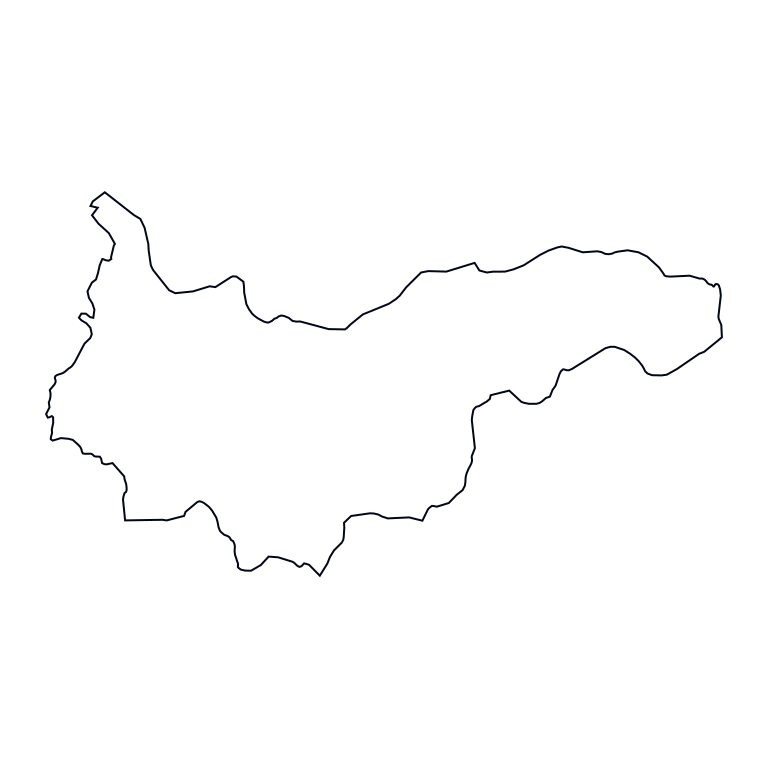 the border of Yoro
{"feature_id": "HND-643", "entity_name": "Yoro", "entity_type": "Department", "adm_level": 1, "iso_a3": "HND", "parent_name": "Honduras", "parent_adm1": "", "projection": "natural_earth1", "projection_center": [-87.221, 15.309], "detail": "fine", "context": "isolated", "style": "outline", "palette": "ink", "viewbox_px": 768, "rotation_deg": 0, "n_neighbors": 0, "source": "natural_earth", "source_scale": "10m", "svg_char_len": 4006}
<svg xmlns="http://www.w3.org/2000/svg" viewBox="0 0 768 768"><path d="M104.8,192.3L133.8,215.0L140.4,219.0L144.6,227.8L148.3,243.9L148.7,250.7L150.8,265.1L152.0,267.9L153.3,270.3L169.1,290.2L175.2,293.2L193.0,291.4L209.6,286.3L215.4,287.1L230.8,277.2L232.9,276.3L236.5,276.6L243.4,281.7L244.0,286.6L244.2,292.6L246.4,304.2L249.0,309.3L252.0,313.5L254.4,315.8L257.8,318.3L263.7,321.5L265.7,322.2L268.2,322.6L270.2,321.8L272.5,320.5L274.2,318.8L276.6,318.0L278.7,316.4L281.3,315.5L284.2,316.0L288.8,317.9L292.5,320.9L296.2,321.6L300.3,321.5L328.6,329.1L345.0,329.4L346.8,328.1L350.9,324.1L362.9,314.4L388.8,303.8L395.9,299.1L399.7,295.7L406.1,287.4L421.1,272.5L428.3,271.1L446.3,271.6L474.6,262.9L479.4,270.5L486.8,272.5L492.8,271.7L505.1,271.6L513.7,269.3L523.7,265.3L540.2,254.8L548.5,250.6L557.1,247.5L561.7,246.5L568.5,247.8L582.7,252.3L597.2,251.3L601.2,252.0L605.3,253.9L608.8,254.2L612.1,253.6L614.7,252.4L617.5,251.7L627.6,250.3L638.5,252.3L647.2,256.6L659.0,267.4L663.5,273.7L664.5,275.5L666.5,276.3L670.6,276.6L689.6,275.7L699.7,278.6L702.0,278.5L702.9,278.8L704.0,279.3L705.0,280.0L706.1,281.1L707.5,283.0L708.6,283.9L709.7,284.4L711.0,284.6L712.0,285.1L712.8,285.8L713.4,286.5L713.9,286.5L714.4,285.9L715.0,284.6L716.0,284.0L717.7,284.3L718.9,285.5L720.1,289.4L720.8,295.5L718.4,316.5L718.7,318.8L721.3,325.0L721.9,337.3L704.2,351.8L699.1,353.8L677.0,369.0L666.8,374.7L661.5,375.4L652.0,375.2L647.5,373.5L645.1,371.2L643.8,368.4L641.9,365.2L638.6,361.1L635.0,357.5L629.9,353.6L624.2,350.0L614.7,346.8L610.3,346.8L605.4,348.2L571.7,369.1L568.7,370.3L566.6,370.2L564.8,369.6L563.1,369.3L561.0,371.1L559.6,373.8L555.6,385.6L552.5,390.0L549.9,396.6L545.9,398.0L541.9,401.5L539.4,403.0L536.3,403.8L529.1,403.8L524.7,403.0L521.4,401.9L509.2,390.6L490.7,395.2L489.8,399.0L486.4,401.8L485.0,402.5L479.1,406.1L476.4,406.7L474.8,408.1L473.4,410.0L472.2,416.3L471.8,420.1L474.9,448.2L471.8,456.1L471.7,457.5L472.0,459.4L472.0,461.1L471.2,463.8L468.5,468.9L466.7,473.1L465.8,476.4L465.5,479.4L465.4,482.3L464.8,485.9L462.6,490.1L456.7,494.8L448.8,503.0L436.8,506.7L433.7,506.0L431.9,505.9L429.5,507.7L428.0,509.2L422.4,520.7L409.1,517.4L387.8,518.4L381.7,516.4L378.5,514.6L373.9,513.5L370.0,513.3L351.1,516.0L344.0,522.8L344.3,527.6L343.7,537.2L343.2,540.0L341.9,542.5L334.0,550.4L329.9,557.1L327.4,563.5L319.8,575.7L309.1,564.8L306.6,564.0L304.1,563.4L301.5,566.2L299.4,566.9L297.1,565.6L294.1,562.7L292.3,561.7L278.1,557.3L268.6,556.6L260.9,565.0L251.1,570.7L245.2,570.6L240.9,569.6L238.9,568.2L237.9,567.0L237.9,565.9L238.0,564.7L238.0,563.6L236.9,560.7L236.4,558.7L235.2,555.4L234.7,552.8L234.6,550.6L234.9,546.3L234.4,544.0L233.2,541.2L231.1,540.0L229.5,537.3L227.9,536.2L224.1,534.7L222.2,533.1L220.2,531.2L219.4,529.4L218.6,527.4L217.5,521.7L216.3,517.6L212.1,510.6L209.0,506.9L203.9,502.9L201.5,501.8L199.7,501.3L198.4,501.6L197.1,502.2L185.5,511.9L184.1,515.9L166.7,520.4L162.3,519.8L125.1,520.4L123.0,499.5L123.5,496.5L124.5,493.1L126.0,491.9L126.6,490.2L126.6,487.8L126.2,484.2L124.6,479.4L124.2,476.4L112.5,463.1L106.3,464.4L104.3,464.1L102.1,463.1L101.1,458.6L99.8,456.7L95.3,456.5L94.0,456.0L92.6,454.5L90.9,453.7L85.0,453.8L82.8,453.4L81.8,451.2L81.4,449.3L80.4,447.2L78.6,445.1L72.8,439.9L68.5,438.8L60.9,438.1L52.7,440.6L50.8,439.2L50.9,437.3L52.1,432.8L51.8,429.6L53.2,422.9L53.1,417.4L52.7,416.8L51.7,416.1L49.4,417.3L47.8,417.6L46.1,414.1L49.5,407.4L48.8,402.5L49.9,399.5L50.5,396.4L50.5,393.1L49.8,390.0L54.6,384.3L55.6,382.1L55.6,380.5L55.1,378.9L54.8,377.5L55.5,376.0L57.3,374.9L62.6,373.2L65.0,371.7L68.6,368.5L70.4,367.4L72.0,366.0L74.8,362.1L84.5,343.6L90.3,338.0L91.8,334.2L90.4,327.8L86.4,323.3L81.5,320.4L78.9,317.7L81.4,313.6L85.9,313.7L90.1,317.1L93.3,317.8L94.4,309.6L92.4,303.5L88.9,297.8L87.5,291.3L91.9,282.6L96.0,279.5L98.0,273.0L99.7,265.3L102.3,259.0L103.5,259.3L105.9,260.3L108.7,260.7L111.3,259.0L111.0,257.4L113.9,245.4L114.9,243.9L108.9,233.2L98.5,223.7L92.0,215.3L97.7,207.7L90.5,206.0L92.8,201.4L104.8,192.3Z" fill="none" stroke="#020617" stroke-width="2"/></svg>